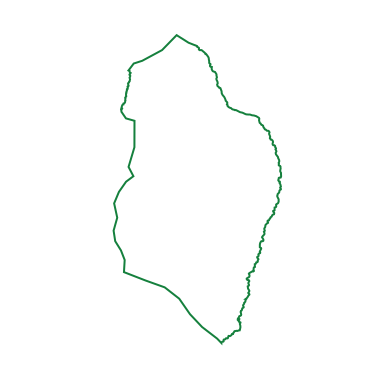 Delgerxaan, Hentiy, Mongolia (Robinson projection), rotated 227°
{"feature_id": "93677404B99522763757972", "entity_name": "Delgerxaan", "entity_type": "district", "adm_level": 2, "iso_a3": "MNG", "parent_name": "Mongolia", "parent_adm1": "Hentiy", "projection": "robinson", "projection_center": [108.94, 47.292], "detail": "fine", "context": "isolated", "style": "outline", "palette": "green", "viewbox_px": 384, "rotation_deg": 227, "n_neighbors": 0, "source": "geoboundaries", "source_scale": "gbopen_adm2", "svg_char_len": 5976}
<svg xmlns="http://www.w3.org/2000/svg" viewBox="0 0 384 384"><g transform="rotate(227 192 192)"><path d="M93.6,178.8L93.4,179.4L92.8,182.2L92.2,182.4L92.0,183.3L92.4,183.7L93.1,183.8L93.3,184.1L94.5,185.5L94.6,186.3L94.3,187.0L95.4,187.8L96.4,188.7L96.1,189.3L96.1,189.8L96.7,191.0L96.6,191.3L96.1,191.9L96.1,192.2L96.3,192.7L97.2,193.5L97.5,194.7L97.9,194.9L99.4,194.9L99.9,195.2L100.0,195.4L99.8,196.2L99.9,197.2L101.1,198.0L101.2,198.3L100.9,200.2L101.0,200.4L101.4,200.7L101.9,200.6L102.3,201.1L103.3,203.9L103.9,204.3L105.1,203.9L105.3,203.9L107.0,205.5L107.7,206.3L108.4,207.5L108.7,208.7L108.7,209.2L107.9,210.0L107.7,210.4L107.7,210.9L107.9,211.2L108.6,211.8L111.2,212.4L111.5,213.5L111.6,215.2L111.7,216.0L111.9,216.4L112.6,217.0L113.9,217.5L114.0,218.8L115.6,219.6L116.0,220.0L116.5,221.7L117.6,223.0L117.8,223.5L117.8,224.7L117.9,225.6L117.6,226.6L117.8,226.8L119.0,227.2L119.3,227.5L119.4,227.9L118.8,229.0L119.4,230.2L119.3,231.2L119.8,231.8L119.9,232.2L119.7,233.5L120.3,234.8L120.3,235.6L119.9,236.4L119.8,236.8L120.4,237.7L120.9,238.0L122.3,238.0L122.6,238.2L122.8,238.5L122.7,238.8L122.3,239.7L122.3,239.9L124.3,241.8L123.8,242.9L123.8,243.3L124.1,243.9L125.1,244.6L125.4,244.9L125.5,245.2L125.2,246.9L125.2,247.5L125.9,248.8L127.6,250.4L129.9,251.1L130.7,251.4L131.2,251.9L131.3,252.3L132.0,253.1L132.1,253.6L132.1,254.8L132.4,255.8L133.2,256.6L133.5,257.6L133.3,258.5L133.3,258.8L133.6,259.1L134.1,259.3L134.9,259.3L135.2,259.6L135.3,260.6L135.5,260.9L136.3,261.2L137.2,261.8L139.0,262.2L139.2,263.1L139.4,263.2L139.8,263.3L140.7,262.9L141.4,263.0L141.9,263.2L142.4,264.3L143.0,264.8L143.1,265.2L142.9,265.8L142.1,266.6L142.2,267.0L142.7,267.9L144.4,269.3L145.2,270.1L146.7,270.5L147.2,270.8L148.1,271.9L148.7,272.8L149.4,273.3L150.3,274.1L151.0,274.2L152.0,273.7L152.4,273.7L153.0,274.3L153.5,275.0L154.2,275.2L154.7,276.5L155.7,277.4L158.2,278.2L158.8,278.7L162.3,279.1L163.5,279.8L164.2,281.5L164.6,281.7L166.3,282.2L166.4,283.0L166.6,283.2L166.9,283.3L167.9,283.4L168.2,283.5L168.8,284.1L169.1,284.2L170.0,284.1L170.5,283.6L170.9,283.3L171.7,283.4L172.6,284.1L173.1,285.1L173.5,285.5L174.0,285.8L174.8,286.0L176.1,285.9L176.7,285.3L177.6,285.6L178.2,285.6L178.5,285.9L178.7,286.4L179.3,287.0L181.9,288.0L182.4,288.6L182.8,289.4L183.8,289.7L184.6,289.6L185.7,288.6L187.2,288.5L188.2,288.0L189.3,288.4L190.1,288.3L191.6,288.9L192.0,289.2L192.9,289.1L193.7,288.6L194.1,288.6L195.3,288.9L196.0,288.7L196.5,288.7L198.8,290.0L199.7,291.2L200.6,291.5L203.6,290.7L205.7,289.5L207.2,288.2L209.0,287.3L211.2,285.1L212.3,284.3L215.6,283.0L217.6,281.6L221.5,280.2L222.2,279.8L222.6,279.2L223.3,279.0L224.8,278.0L225.4,277.8L226.6,277.8L227.9,277.1L229.1,276.7L230.7,276.7L231.3,277.3L232.2,277.2L232.8,278.3L233.5,278.9L235.8,278.9L236.8,279.5L238.8,280.2L239.7,280.4L242.0,280.5L243.8,281.0L245.6,282.4L247.4,283.1L248.5,283.6L249.0,283.5L249.5,283.0L250.5,283.2L251.9,282.9L252.6,283.2L253.4,283.6L254.0,285.0L255.4,285.9L257.4,286.5L258.2,287.0L258.5,287.6L258.9,288.5L260.1,289.1L260.5,289.3L260.8,289.7L261.5,290.2L264.0,290.7L265.9,289.7L266.4,289.6L268.1,290.0L269.2,290.9L269.9,291.8L270.1,291.7L270.9,291.0L271.7,291.0L272.2,291.4L272.6,292.4L272.9,292.7L273.2,292.8L273.7,292.5L274.4,292.5L275.4,293.2L276.0,293.9L277.0,294.4L278.6,295.6L279.7,296.0L282.9,296.4L283.4,296.4L283.5,296.0L283.7,295.9L284.5,296.2L285.1,296.3L289.1,295.8L289.7,295.4L290.3,294.5L291.2,294.2L291.8,294.4L292.1,294.9L292.6,295.3L293.3,295.3L294.6,294.8L294.9,294.8L295.3,295.2L303.5,291.3L317.2,287.7L316.2,266.9L321.9,245.1L325.7,237.0L324.2,228.4L323.9,228.5L323.9,229.0L323.4,229.1L322.7,228.5L321.8,228.1L320.9,228.3L320.6,227.3L320.7,226.8L320.4,226.2L319.1,226.1L318.4,225.2L318.3,224.5L318.2,224.3L316.6,223.5L316.2,222.8L315.6,222.0L315.5,221.9L315.6,221.3L315.2,220.9L315.1,220.6L315.2,219.8L314.9,219.5L314.8,219.0L314.2,218.8L313.5,218.2L313.1,218.1L313.1,217.6L312.8,217.6L312.7,217.1L312.8,216.7L312.4,216.6L312.2,216.1L311.7,215.8L311.6,215.6L311.7,215.2L311.3,214.9L311.5,214.6L311.5,214.4L310.8,214.0L310.5,213.3L310.3,213.1L310.3,212.7L309.8,212.4L309.6,211.7L309.1,211.5L308.9,210.8L308.4,210.3L307.6,209.8L307.4,209.3L306.8,209.0L306.9,208.7L306.6,208.2L306.6,207.6L305.9,207.3L305.7,206.7L304.4,205.8L304.4,205.4L303.9,205.0L303.4,204.4L303.1,203.7L303.1,203.0L303.4,202.4L303.2,202.2L302.8,201.6L303.2,201.2L303.1,200.4L302.5,199.1L301.7,198.1L300.7,197.9L300.6,197.5L301.0,197.1L300.4,196.8L300.4,196.7L300.6,196.5L300.6,196.3L299.6,195.8L298.8,195.1L290.9,193.9L283.3,198.5L264.0,180.4L253.6,162.7L243.5,159.9L244.5,150.8L241.9,138.6L236.8,127.3L224.2,119.8L217.2,108.3L208.4,102.3L197.7,100.2L188.2,96.4L179.8,87.6L158.9,97.7L140.9,107.0L122.7,109.9L104.0,107.2L86.3,107.3L67.7,110.4L61.5,110.5L61.8,110.8L61.9,111.6L61.8,112.1L61.2,112.9L61.2,113.2L61.7,113.8L62.2,114.1L62.4,114.6L61.6,115.9L61.8,117.2L60.7,118.2L60.7,118.7L61.6,120.1L61.8,120.6L60.7,121.6L60.6,122.1L60.4,123.2L60.9,124.3L60.2,125.2L60.7,125.7L60.7,126.7L61.1,127.7L61.2,128.2L60.7,128.9L60.2,129.8L59.3,130.6L58.9,131.9L58.3,132.5L58.5,133.0L60.1,135.2L61.3,136.2L62.9,137.0L63.1,137.2L63.3,138.3L63.7,138.5L64.7,137.9L65.5,138.0L65.9,138.2L66.1,138.5L66.3,139.4L66.6,139.7L66.8,139.3L66.6,138.6L66.9,138.2L67.3,138.2L68.0,139.0L68.2,139.4L68.2,140.5L68.9,141.8L68.4,143.2L68.4,143.8L68.7,144.3L70.2,145.3L71.1,145.7L71.2,146.1L71.7,146.8L71.5,147.4L71.6,147.8L72.0,148.6L72.6,149.3L72.6,149.7L72.4,150.8L72.4,151.1L72.9,151.5L73.8,151.7L74.2,152.0L74.5,152.6L74.7,153.9L74.9,154.2L75.4,154.6L75.4,156.1L76.0,157.0L76.5,157.4L76.7,158.8L76.8,159.0L77.1,158.7L77.0,159.6L77.2,160.8L77.8,162.8L77.8,163.9L78.0,164.2L78.3,164.3L79.8,164.3L80.0,165.2L80.3,166.1L80.7,166.6L83.1,167.1L84.7,168.2L85.0,168.4L84.8,169.4L85.0,170.2L85.5,170.5L86.6,170.8L87.1,171.3L87.4,171.9L87.6,172.9L88.0,173.3L88.4,173.4L89.0,173.3L90.0,172.5L91.0,172.6L91.4,173.0L91.3,173.8L90.9,175.7L91.0,176.3L91.9,177.3L92.6,177.6L93.4,177.8L93.6,178.8Z" fill="none" stroke="#15803d" stroke-width="2"/></g></svg>